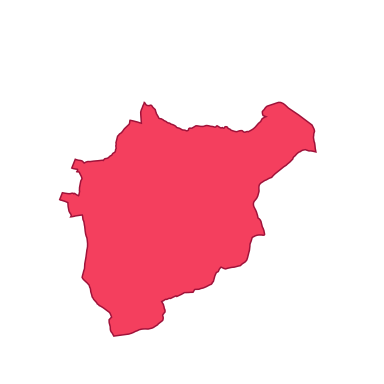 Iza, Boyacá, Colombia, rotated 332°
{"feature_id": "7082276B4524421647435", "entity_name": "Iza", "entity_type": "district", "adm_level": 2, "iso_a3": "COL", "parent_name": "Colombia", "parent_adm1": "Boyacá", "projection": "mercator", "projection_center": [-72.966, 5.619], "detail": "fine", "context": "isolated", "style": "filled", "palette": "rose", "viewbox_px": 384, "rotation_deg": 332, "n_neighbors": 0, "source": "geoboundaries", "source_scale": "gbopen_adm2", "svg_char_len": 6028}
<svg xmlns="http://www.w3.org/2000/svg" viewBox="0 0 384 384"><g transform="rotate(332 192 192)"><path d="M329.4,189.2L322.3,174.0L316.5,163.1L315.2,159.2L314.1,156.8L312.8,155.1L312.2,154.5L310.7,153.6L309.5,153.3L298.7,151.5L297.8,151.6L296.2,152.1L294.2,153.2L293.2,153.4L291.8,154.1L291.2,155.3L290.7,157.0L290.7,157.7L290.8,158.1L292.6,160.2L291.8,160.1L290.7,160.1L288.4,160.2L285.7,162.0L282.9,162.6L278.3,164.4L275.9,165.0L273.5,165.2L271.2,165.2L270.0,165.2L269.2,164.5L268.0,164.2L267.2,164.2L266.6,164.0L266.1,163.5L265.5,162.6L265.4,162.1L265.1,161.4L264.5,161.0L263.4,160.5L262.4,160.2L259.9,159.8L259.2,159.4L257.9,158.3L255.7,156.0L255.3,155.2L255.2,154.7L253.9,153.0L253.7,152.5L253.7,151.4L253.2,150.7L252.6,150.2L251.9,150.0L251.5,150.0L250.7,150.5L250.4,150.6L249.9,150.5L249.5,150.2L249.1,149.4L248.1,149.2L247.6,149.0L247.1,148.4L245.4,145.5L245.0,145.3L244.5,145.3L243.7,145.7L243.0,145.6L242.5,145.4L241.6,144.4L240.9,143.8L239.0,142.5L238.1,141.6L236.4,140.3L235.5,139.9L233.2,139.5L232.5,139.3L230.4,138.1L228.3,136.5L227.3,135.8L226.5,135.4L221.9,135.6L221.4,135.4L219.9,134.5L219.3,134.5L218.7,134.7L218.0,135.5L217.4,135.8L216.6,135.7L216.0,135.5L215.5,135.0L215.1,134.4L214.4,133.8L213.1,133.0L212.6,132.6L212.3,132.1L211.3,130.5L211.0,130.0L208.9,128.0L208.7,127.6L208.5,126.3L207.7,124.9L206.9,123.8L205.1,121.9L205.0,121.5L204.5,120.6L203.7,120.1L202.8,119.1L202.2,117.6L200.6,115.5L200.4,114.7L199.5,113.4L199.0,112.7L198.5,112.5L197.6,111.6L197.4,111.1L197.5,109.5L197.4,106.8L197.3,106.4L197.7,104.6L197.7,104.0L197.8,103.5L198.0,103.0L198.2,101.9L197.2,98.9L197.0,97.0L196.8,96.4L196.3,96.0L195.8,95.7L194.7,95.7L192.9,94.4L192.4,93.5L192.1,90.7L191.9,90.5L191.5,91.0L190.9,91.6L189.3,92.7L187.6,94.3L185.7,95.8L184.2,97.4L183.2,99.4L179.6,107.5L178.1,106.1L176.9,104.8L173.4,101.6L171.0,99.6L170.6,99.9L169.8,101.1L169.0,102.1L168.2,102.7L162.1,104.4L161.0,104.9L159.5,105.7L157.5,106.5L155.1,106.8L153.8,107.4L152.5,107.8L147.9,112.9L147.7,113.7L147.4,114.3L146.4,115.5L145.5,117.9L144.6,118.5L143.5,120.0L142.8,120.5L141.9,120.7L141.0,120.7L140.1,120.8L138.2,121.9L137.3,121.8L136.5,121.8L136.0,122.0L133.8,122.5L132.8,122.4L130.7,121.7L129.9,121.9L128.4,122.5L128.1,122.2L127.9,121.9L123.5,120.2L119.8,118.6L116.3,117.3L114.4,116.2L112.6,115.8L110.4,115.8L109.7,113.3L109.2,112.6L108.2,111.7L106.6,110.6L105.2,109.3L104.3,108.3L97.1,114.4L97.4,114.8L98.3,115.7L100.0,117.1L101.3,118.0L101.5,118.3L101.3,119.1L99.8,120.0L100.0,120.3L100.7,120.5L101.2,120.9L101.7,121.6L101.7,122.8L101.6,124.0L101.6,126.2L101.4,127.5L101.1,128.6L100.6,129.0L99.4,129.7L98.6,130.5L94.9,135.1L93.2,138.0L93.2,138.4L92.0,140.0L90.3,141.9L90.0,142.0L89.5,141.3L88.7,140.1L87.7,138.1L86.9,138.1L86.9,137.9L86.6,137.5L86.0,137.0L84.8,136.5L83.6,136.3L82.1,135.5L79.5,133.6L77.2,131.8L71.6,136.6L72.4,137.7L72.9,138.0L75.7,140.9L77.4,143.1L75.8,146.7L74.7,150.2L74.4,151.4L74.4,153.2L74.6,154.8L74.4,155.9L73.8,156.6L73.2,157.0L74.2,157.4L76.4,158.1L77.8,158.4L82.9,160.2L84.3,160.8L84.2,161.5L82.8,165.2L82.7,166.9L82.5,167.8L81.4,170.9L81.1,172.0L80.3,174.0L79.4,176.2L78.4,179.0L77.9,181.1L77.7,182.9L77.5,183.7L76.9,185.3L75.6,188.5L75.1,189.4L74.1,191.2L72.9,192.8L72.0,193.8L67.9,199.6L65.4,202.8L63.6,205.1L61.3,208.9L60.7,209.6L59.1,211.1L58.7,211.6L56.0,214.5L54.9,215.8L54.9,217.1L55.1,218.4L56.9,223.6L57.0,224.3L57.4,225.6L57.3,226.7L57.0,227.9L57.0,229.2L56.5,230.8L55.8,232.5L55.1,236.0L54.6,237.8L54.8,239.2L54.8,240.7L55.8,244.7L55.9,245.2L55.8,246.2L56.4,247.3L56.7,248.1L56.8,248.8L57.6,249.7L58.3,250.9L59.2,252.4L61.9,258.1L62.4,259.1L62.7,260.2L62.7,261.1L62.4,264.0L62.2,264.8L61.0,265.1L58.8,265.9L57.7,268.1L57.4,269.0L56.6,272.5L55.5,274.7L55.2,275.6L55.0,276.4L55.0,277.8L55.3,279.3L55.3,282.5L69.6,287.8L70.9,288.0L71.7,288.2L74.3,288.5L76.6,288.5L78.6,288.8L80.6,288.8L83.0,289.4L84.5,290.0L86.6,291.0L88.9,292.4L92.8,293.4L94.5,293.5L96.1,293.3L99.3,293.1L100.3,292.6L105.1,291.8L106.0,291.5L106.3,291.2L107.0,290.4L107.6,289.4L107.9,288.4L108.0,287.5L108.4,286.9L109.1,286.4L109.8,286.2L110.4,285.8L111.8,285.3L112.4,284.3L112.9,282.8L112.9,282.6L112.7,282.3L113.4,280.2L113.6,279.0L113.9,278.0L113.9,277.2L113.8,276.0L113.8,274.5L114.8,274.5L116.1,274.6L117.1,274.3L118.3,274.4L119.4,275.0L121.8,275.1L123.1,275.9L126.3,276.0L129.0,276.2L129.3,276.4L129.5,277.1L134.7,277.4L137.6,277.3L138.1,277.3L141.5,279.0L143.8,280.0L145.8,281.0L147.5,280.0L148.0,279.6L148.6,279.4L148.9,279.4L152.4,281.1L153.6,281.3L153.9,281.2L156.8,282.0L160.1,282.3L164.3,282.3L165.3,282.5L166.1,282.4L166.5,282.2L167.0,282.0L167.3,281.5L167.6,281.3L168.7,281.2L172.6,277.0L173.9,275.9L175.8,274.5L177.3,274.6L177.9,274.5L178.3,274.2L179.8,273.0L182.0,272.0L182.3,272.0L182.6,272.2L184.2,274.4L185.4,275.6L186.2,275.8L187.8,276.1L190.7,276.9L191.7,277.2L194.1,278.2L198.8,279.3L199.6,279.6L200.1,279.7L200.9,279.5L202.7,279.0L205.3,278.8L206.5,278.6L207.9,278.0L208.5,277.7L210.2,276.1L213.7,272.2L215.3,270.5L217.7,267.0L218.4,265.7L219.1,264.9L221.4,262.9L223.0,261.2L223.9,260.4L224.3,260.4L227.3,260.4L229.1,260.7L230.8,261.3L233.2,262.6L234.6,263.6L235.4,263.9L235.8,263.8L236.2,263.5L236.3,263.3L237.4,259.7L237.7,257.4L237.7,256.3L237.8,255.4L239.1,250.3L239.1,248.7L238.7,247.1L238.1,245.9L238.8,243.6L239.5,240.0L239.7,238.0L239.7,234.8L239.8,233.7L240.1,232.5L240.8,231.0L241.7,230.0L242.6,229.4L245.3,228.3L246.3,227.8L248.2,226.4L251.3,223.1L251.7,222.5L253.0,219.7L253.9,218.3L254.7,217.4L256.0,216.7L257.1,216.4L261.7,216.0L263.2,216.2L266.5,216.1L269.2,216.5L271.5,215.6L274.0,214.9L281.9,213.4L284.9,212.8L287.6,212.6L289.8,212.0L291.5,211.7L292.1,211.5L292.9,211.4L294.8,210.7L296.3,210.3L297.2,209.4L298.2,208.8L300.1,208.4L302.5,207.5L303.7,207.2L305.2,207.0L306.7,207.2L307.8,207.0L309.1,207.0L309.9,207.2L311.9,207.8L314.4,210.5L315.1,210.9L316.1,211.4L317.6,212.5L320.2,214.8L321.3,211.3L322.5,208.4L323.3,206.2L323.5,204.7L324.7,201.2L325.1,200.4L326.0,199.2L326.9,197.7L328.7,195.9L329.0,195.0L329.3,193.5L329.4,189.2Z" fill="#f43f5e" stroke="#9f1239" stroke-width="1.5"/></g></svg>